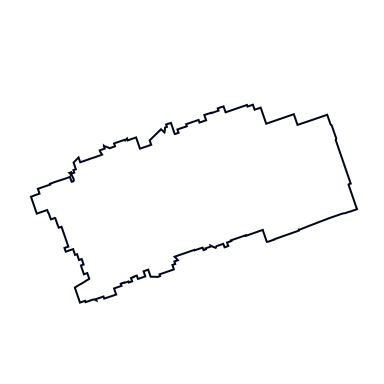 Dowerin, Western Australia, Australia, rotated 71°
{"feature_id": "25037944B58207809126055", "entity_name": "Dowerin", "entity_type": "district", "adm_level": 2, "iso_a3": "AUS", "parent_name": "Australia", "parent_adm1": "Western Australia", "projection": "robinson", "projection_center": [117.124, -31.113], "detail": "fine", "context": "isolated", "style": "outline", "palette": "ink", "viewbox_px": 384, "rotation_deg": 71, "n_neighbors": 0, "source": "geoboundaries", "source_scale": "gbopen_adm2", "svg_char_len": 4900}
<svg xmlns="http://www.w3.org/2000/svg" viewBox="0 0 384 384"><g transform="rotate(71 192 192)"><path d="M260.1,333.9L260.1,328.5L261.5,328.5L261.5,328.3L261.5,327.7L261.5,326.2L261.5,324.3L261.5,322.3L261.5,320.5L261.6,320.2L261.6,319.9L261.7,319.7L261.8,319.5L261.9,319.4L262.0,319.1L262.2,318.9L262.5,318.6L263.4,317.7L262.0,317.7L262.0,309.7L264.2,309.7L264.3,297.1L257.8,297.1L257.8,289.2L255.5,289.2L255.5,285.5L255.9,285.5L255.9,281.2L257.0,281.2L257.0,277.7L253.5,277.7L253.5,275.0L253.1,275.0L253.1,271.5L253.1,271.4L255.6,271.4L256.6,271.4L256.6,270.5L256.6,268.2L256.6,267.2L256.6,265.8L256.6,264.2L256.6,263.7L255.6,263.6L253.6,263.6L252.4,263.6L252.2,263.6L251.2,263.6L251.2,258.7L258.6,258.7L258.7,258.4L259.6,256.0L261.0,252.4L261.1,252.1L261.1,251.3L261.1,251.2L261.1,249.5L259.3,249.5L259.3,243.3L259.3,237.9L259.3,234.4L257.6,234.3L255.6,234.3L254.6,234.3L254.6,231.3L251.9,231.3L251.9,227.6L250.3,228.2L248.2,229.2L247.5,229.5L247.5,229.4L247.5,219.0L247.5,208.5L248.0,208.5L248.0,204.8L248.0,203.1L248.1,200.1L250.7,200.0L250.7,197.6L249.7,197.6L249.7,191.9L248.8,191.9L248.7,191.9L248.8,191.8L248.9,191.7L249.2,191.5L249.3,191.3L249.5,191.1L250.5,190.1L250.9,189.6L251.3,189.2L251.6,188.9L251.7,188.7L251.8,188.6L252.5,187.9L252.5,187.7L251.2,186.5L251.2,186.3L251.2,179.3L254.9,179.2L254.9,175.3L251.2,175.3L251.2,171.0L251.2,170.9L250.4,171.0L250.4,155.2L251.0,155.4L250.9,137.4L252.4,137.5L263.5,137.5L263.8,135.8L263.8,131.7L263.7,131.7L263.8,129.7L263.5,129.7L263.5,127.4L263.4,120.1L263.4,119.7L263.4,119.4L263.3,103.6L262.5,103.3L262.6,103.2L262.6,102.8L262.6,102.6L262.6,102.3L262.1,90.4L261.7,80.0L261.7,78.7L261.5,73.3L261.4,71.1L261.4,66.3L261.4,63.8L261.4,56.3L261.5,56.1L261.8,54.5L261.9,53.5L261.8,49.7L262.1,48.8L262.0,48.6L262.0,44.5L262.0,41.6L259.3,41.6L252.5,41.6L241.5,41.6L239.9,41.6L236.0,41.6L235.9,41.5L235.7,41.2L235.7,39.2L223.9,39.2L221.9,39.2L219.5,39.2L211.0,39.2L205.0,39.2L198.7,39.2L198.3,39.2L190.1,39.2L189.8,39.2L189.6,39.2L189.4,39.0L189.2,38.9L189.1,38.7L188.9,38.4L188.7,38.3L188.4,38.2L188.2,38.2L179.3,38.2L174.9,38.2L174.6,38.3L174.4,38.3L174.1,38.4L174.0,38.6L173.7,38.7L173.6,38.8L173.4,38.9L173.2,38.9L172.9,39.0L171.7,39.0L164.3,39.0L163.0,39.0L163.0,51.6L163.0,53.5L163.0,53.8L162.9,70.4L151.6,70.4L151.6,87.1L151.6,94.1L151.6,99.6L142.6,99.6L134.6,99.6L134.6,106.0L133.5,106.0L129.3,106.0L129.3,111.7L127.6,111.7L127.6,117.0L127.6,134.3L123.7,134.3L121.3,134.3L121.3,135.5L121.3,138.0L121.3,139.7L121.3,140.4L123.7,140.4L123.7,148.2L123.3,148.2L123.3,152.5L123.2,152.5L123.2,155.3L125.7,155.3L127.5,155.3L128.8,155.3L128.8,162.2L128.8,162.3L126.0,162.3L126.0,170.3L126.0,175.5L126.4,175.5L128.2,175.5L128.1,185.4L131.6,185.4L131.6,185.9L131.7,189.3L131.6,189.5L125.2,189.4L122.2,189.4L119.8,189.4L119.8,192.2L119.7,192.3L119.7,194.5L119.8,194.5L122.3,194.5L122.3,196.4L122.3,196.5L126.7,198.5L126.8,198.6L122.6,200.9L123.1,201.9L129.4,215.2L134.1,215.2L134.1,227.1L127.9,227.1L122.2,227.1L122.2,229.9L122.3,236.0L120.3,236.0L121.5,238.5L120.7,238.9L120.7,243.1L120.7,243.8L120.7,249.9L123.8,249.9L123.8,255.6L123.7,255.7L122.6,256.8L121.6,258.0L120.7,259.1L120.4,259.6L120.2,259.8L120.0,260.0L119.9,260.2L119.7,260.3L120.0,260.4L122.6,260.4L122.6,263.3L122.6,265.7L123.9,265.7L127.4,264.8L127.5,267.0L127.5,272.6L127.4,278.6L127.5,278.7L127.5,288.0L122.5,288.0L122.4,288.0L125.6,294.4L129.8,294.4L132.7,294.4L132.7,297.0L135.4,297.0L135.4,299.8L134.0,299.8L134.0,301.6L134.5,301.2L135.7,301.1L136.3,301.1L137.2,300.2L140.6,299.7L141.4,299.8L142.6,300.0L142.9,300.3L143.2,300.6L143.2,302.4L143.1,302.5L138.0,302.5L138.1,306.7L138.1,306.9L138.1,307.4L137.9,318.0L138.0,323.6L138.8,323.6L138.8,331.6L138.8,336.7L143.9,336.7L144.0,345.8L144.6,345.8L151.2,345.8L151.5,345.8L160.5,345.8L161.9,345.8L161.9,334.8L162.0,334.8L162.9,334.7L164.3,334.8L164.5,334.8L164.8,334.7L165.1,334.6L165.3,334.4L165.5,334.4L167.9,334.4L169.2,334.4L170.8,334.3L171.9,334.3L172.0,333.7L172.0,332.2L171.9,331.2L172.0,330.5L171.9,330.4L172.0,330.3L172.0,330.2L172.1,329.9L172.3,329.8L172.5,329.8L173.1,329.8L174.0,329.8L176.4,329.8L179.4,329.8L179.4,329.7L182.4,329.6L182.4,326.7L189.1,326.7L192.5,326.7L203.4,326.7L203.4,330.8L207.3,330.8L207.3,323.0L213.4,323.0L213.4,320.9L219.5,321.0L219.5,320.9L219.5,318.1L225.3,318.1L225.3,320.9L228.0,321.0L231.1,321.0L231.4,321.0L232.7,321.0L234.6,321.0L234.6,317.5L234.6,317.4L236.6,317.4L238.0,317.4L239.3,317.4L240.6,317.4L241.0,318.7L241.3,320.4L241.7,322.0L241.9,323.0L242.2,324.2L242.7,326.6L243.0,328.5L243.3,329.5L243.4,330.4L243.6,331.2L243.8,332.1L243.9,332.6L244.0,332.9L244.0,333.2L244.1,333.3L244.2,333.5L244.2,333.8L244.3,333.9L245.2,333.9L245.3,333.9L245.9,333.9L247.1,333.9L247.7,333.9L249.2,333.9L250.5,333.9L251.7,333.9L252.2,333.9L252.3,333.9L252.7,333.9L253.2,333.9L254.8,333.9L255.7,333.9L257.2,333.9L258.4,333.9L259.9,333.9L260.1,333.9Z" fill="none" stroke="#020617" stroke-width="2"/></g></svg>